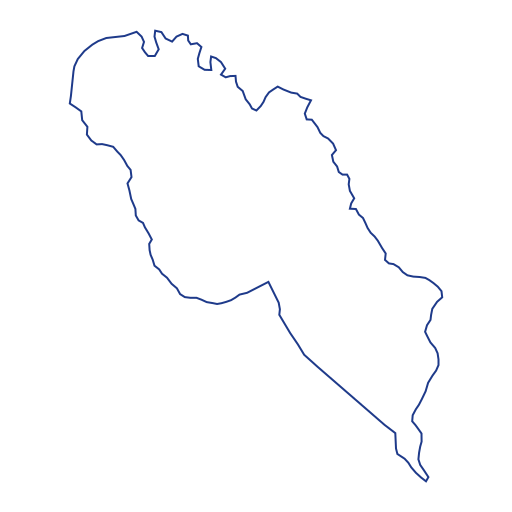 Centralina, Minas Gerais, Brazil
{"feature_id": "56859067B37414824409198", "entity_name": "Centralina", "entity_type": "district", "adm_level": 2, "iso_a3": "BRA", "parent_name": "Brazil", "parent_adm1": "Minas Gerais", "projection": "robinson", "projection_center": [-49.157, -18.655], "detail": "fine", "context": "isolated", "style": "outline", "palette": "blue", "viewbox_px": 512, "rotation_deg": 0, "n_neighbors": 0, "source": "geoboundaries", "source_scale": "gbopen_adm2", "svg_char_len": 2610}
<svg xmlns="http://www.w3.org/2000/svg" viewBox="0 0 512 512"><path d="M136.6,31.8L124.5,36.0L106.3,38.0L98.2,41.1L92.4,44.6L84.4,51.0L77.8,59.0L74.4,66.3L73.5,71.2L70.9,96.1L69.8,103.5L75.6,107.3L81.3,111.4L82.2,120.2L87.4,126.8L86.9,134.6L91.3,140.5L96.6,144.4L102.1,144.1L107.2,145.2L113.2,146.8L117.3,151.6L120.7,155.1L124.1,160.0L127.3,165.9L130.6,169.9L131.5,177.1L127.5,183.4L129.4,190.4L131.2,199.0L133.4,204.1L135.4,208.9L135.8,215.5L138.6,220.4L143.0,222.9L144.9,227.3L148.6,233.4L151.8,239.5L149.2,243.9L149.6,250.1L150.6,254.8L152.7,259.7L154.5,265.7L159.2,269.4L162.0,273.7L167.0,277.7L171.6,283.8L176.9,288.3L180.1,294.1L184.8,297.1L190.4,297.8L196.5,297.8L201.5,299.7L206.7,302.1L212.7,303.1L217.1,304.0L221.5,303.2L226.1,301.9L231.0,300.2L235.4,297.6L239.5,294.6L247.1,292.8L263.1,284.6L268.4,281.9L278.7,302.7L279.9,309.3L279.3,314.8L290.2,333.1L297.9,344.4L304.2,354.8L317.8,367.0L326.8,374.8L384.7,425.0L395.3,433.1L396.0,448.5L397.4,454.0L404.6,458.7L408.4,462.8L411.2,467.3L415.9,472.8L421.2,477.6L426.0,481.3L428.4,477.1L424.0,470.4L420.2,464.9L418.4,459.3L419.1,452.6L420.2,446.6L421.6,441.6L421.5,433.5L418.1,428.7L415.4,425.0L412.2,421.3L412.7,415.2L415.9,409.2L418.9,404.8L421.8,399.2L425.6,391.3L428.1,382.8L432.5,375.6L436.1,370.6L438.5,365.1L438.5,359.4L437.6,353.3L435.2,348.0L430.4,342.4L427.2,336.1L425.1,331.8L427.0,325.2L430.5,319.9L431.1,314.9L432.3,308.8L437.1,301.8L442.2,297.3L441.5,291.2L437.8,286.7L433.5,283.1L429.3,280.1L425.4,277.9L419.6,277.0L413.3,276.6L407.4,275.3L402.8,272.1L398.8,267.3L393.5,264.1L388.9,263.4L385.0,259.9L385.7,253.5L382.0,247.9L377.8,240.7L374.6,236.5L370.7,232.8L367.6,228.0L365.4,223.0L363.0,218.0L358.9,214.6L355.9,209.0L349.9,208.7L351.2,203.4L354.2,198.3L349.9,190.9L348.7,184.3L349.4,178.9L347.1,174.6L342.5,174.6L338.8,172.0L337.1,166.5L333.3,161.7L331.9,155.0L336.0,150.2L333.1,143.6L328.1,138.5L323.4,136.1L320.3,132.9L317.5,127.1L311.8,119.7L306.7,119.4L304.8,113.6L307.3,107.3L311.0,100.3L305.7,98.7L300.5,96.9L297.2,93.6L291.2,92.6L283.4,89.5L277.7,86.6L273.2,89.5L269.0,92.4L265.6,97.1L263.5,101.9L260.7,106.1L256.4,110.5L252.0,108.5L249.7,104.3L245.7,99.3L242.7,91.0L237.7,86.8L236.0,81.7L235.5,75.9L230.1,76.1L225.7,77.3L221.0,74.6L225.2,68.7L221.0,62.1L215.9,58.1L211.1,56.5L210.4,62.1L211.3,70.0L204.6,69.8L198.7,66.3L197.8,58.9L199.4,53.1L201.4,47.0L197.0,43.2L190.8,44.3L188.2,40.5L187.9,35.6L182.5,33.9L176.5,36.6L172.1,41.6L165.6,38.5L161.4,32.1L155.2,30.7L154.5,36.6L156.2,42.4L158.7,49.3L154.8,56.0L148.1,56.0L144.9,52.2L142.1,48.0L144.0,41.9L141.6,36.6L136.6,31.8Z" fill="none" stroke="#1e3a8a" stroke-width="2"/></svg>